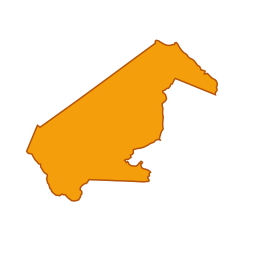 the district of Cantanhede, Maranhão, Brazil, rotated 324°
{"feature_id": "56859067B54342957503777", "entity_name": "Cantanhede", "entity_type": "district", "adm_level": 2, "iso_a3": "BRA", "parent_name": "Brazil", "parent_adm1": "Maranhão", "projection": "albers", "projection_center": [-44.24, -3.65], "detail": "fine", "context": "isolated", "style": "filled", "palette": "amber", "viewbox_px": 256, "rotation_deg": 324, "n_neighbors": 0, "source": "geoboundaries", "source_scale": "gbopen_adm2", "svg_char_len": 2585}
<svg xmlns="http://www.w3.org/2000/svg" viewBox="0 0 256 256"><g transform="rotate(324 128 128)"><path d="M200.0,75.5L160.0,75.7L147.5,75.8L127.4,75.9L100.9,76.0L57.3,75.7L56.3,72.6L32.4,87.2L32.2,88.8L32.8,90.3L34.3,91.8L34.9,92.9L34.6,94.8L34.2,98.1L34.2,99.9L34.6,102.0L34.6,104.4L35.9,105.8L34.5,108.2L34.3,110.5L34.1,112.3L34.1,115.0L34.7,116.5L35.3,118.3L34.2,119.7L32.2,121.3L31.8,122.8L31.1,124.1L30.7,125.3L30.8,127.0L30.4,128.2L29.3,131.0L29.7,132.6L29.0,134.4L29.3,136.7L29.9,138.9L30.3,140.2L31.5,141.1L33.0,142.7L34.5,142.6L35.9,142.7L36.5,144.1L38.1,145.1L38.0,147.0L38.4,148.5L38.6,150.3L39.2,151.7L39.7,153.6L41.5,155.4L43.6,156.4L45.9,157.1L47.8,156.3L49.0,155.8L50.3,154.5L52.0,154.2L53.3,152.0L53.1,149.5L54.7,148.1L57.3,147.5L60.1,147.6L62.0,148.4L66.1,146.9L81.5,158.9L88.7,164.7L91.1,166.5L93.7,168.5L101.8,174.9L103.7,176.5L109.2,180.9L111.2,182.0L113.5,183.4L114.6,182.1L114.5,180.2L115.4,179.2L117.3,179.3L118.2,177.3L120.3,177.0L120.1,175.5L119.3,173.5L117.7,171.3L116.6,170.2L115.8,168.4L116.3,166.4L117.0,164.6L118.4,165.0L119.6,164.2L119.0,162.6L116.8,162.9L114.4,163.5L112.4,163.7L111.0,162.8L109.9,161.7L108.4,160.3L107.5,157.8L108.0,156.3L107.9,154.8L106.3,155.1L106.4,153.6L106.2,152.1L108.4,152.4L109.9,153.5L111.4,153.5L113.3,153.5L114.0,151.4L116.1,151.9L117.5,151.4L118.6,150.0L119.7,148.6L122.0,149.6L123.4,150.0L126.1,151.6L127.7,152.1L129.5,152.8L131.4,153.1L134.4,153.6L136.5,153.6L138.3,154.0L140.4,154.7L142.1,154.3L143.9,154.2L145.7,155.1L146.9,156.6L147.3,154.9L148.8,153.6L150.2,152.6L151.3,151.6L153.5,150.3L155.8,149.5L156.9,147.5L157.7,146.2L158.4,145.0L159.7,143.6L160.8,142.2L162.0,141.0L163.3,139.3L164.2,137.1L165.0,136.0L166.2,134.4L167.6,132.9L168.2,131.6L168.7,130.0L170.0,128.4L173.0,128.2L175.1,127.8L176.4,126.9L177.1,125.4L177.8,123.0L177.7,121.1L177.1,119.9L178.1,118.3L180.3,119.1L182.5,118.8L184.1,119.6L186.4,119.1L188.4,117.8L189.8,118.3L192.2,117.0L193.7,116.2L195.4,115.7L218.3,152.5L219.0,151.2L220.2,150.4L221.9,150.1L222.8,149.0L223.4,147.1L224.9,146.1L226.2,144.7L227.0,142.2L226.9,140.4L225.3,137.1L224.8,134.3L224.5,132.3L224.3,130.6L222.9,129.9L221.6,129.1L222.8,128.2L223.8,127.3L222.3,125.0L221.2,123.7L221.7,122.3L222.1,120.3L221.1,118.3L221.1,116.8L221.1,114.2L221.0,112.9L220.7,111.0L219.8,109.2L218.9,107.6L218.5,105.7L218.7,104.1L218.3,101.9L217.3,99.6L217.0,96.8L217.0,93.1L217.2,91.4L217.5,89.5L217.3,87.4L216.0,86.7L214.6,87.7L212.6,86.5L210.7,86.0L208.7,84.5L207.4,83.0L206.1,80.6L204.6,77.2L204.1,75.8L202.5,73.7L201.0,73.8L200.0,75.5Z" fill="#f59e0b" stroke="#b45309" stroke-width="1.5"/></g></svg>